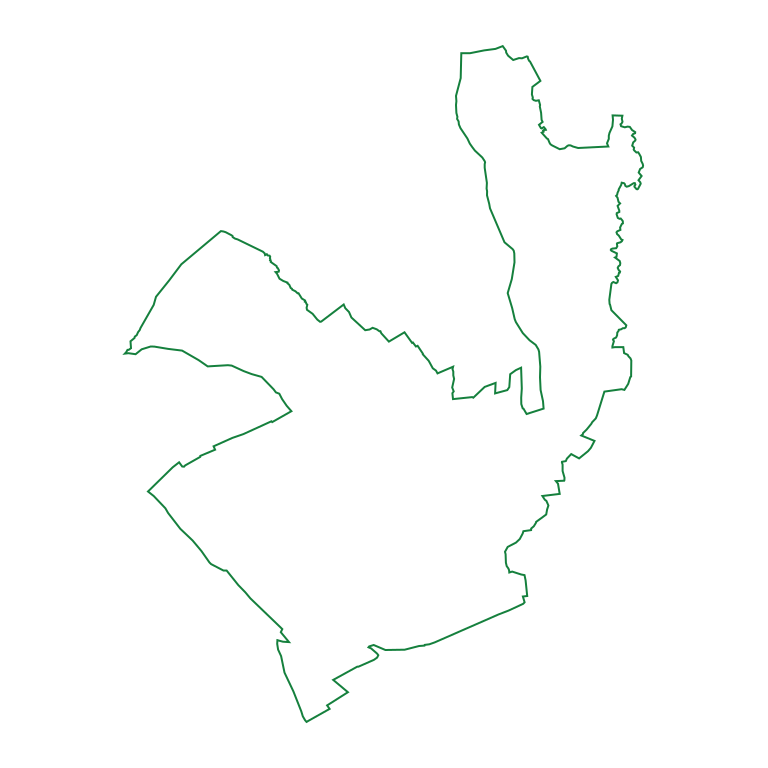 outline of Codaesti, Vaslui, Romania
{"feature_id": "2599482B61991587301534", "entity_name": "Codaesti", "entity_type": "district", "adm_level": 2, "iso_a3": "ROU", "parent_name": "Romania", "parent_adm1": "Vaslui", "projection": "robinson", "projection_center": [27.774, 46.879], "detail": "fine", "context": "isolated", "style": "outline", "palette": "green", "viewbox_px": 768, "rotation_deg": 0, "n_neighbors": 0, "source": "geoboundaries", "source_scale": "gbopen_adm2", "svg_char_len": 6104}
<svg xmlns="http://www.w3.org/2000/svg" viewBox="0 0 768 768"><path d="M327.1,705.4L347.9,692.2L333.2,679.9L357.2,666.7L358.4,666.7L374.0,659.8L377.1,657.6L378.3,655.2L377.1,653.6L371.1,648.4L368.5,647.3L369.2,646.4L373.7,645.0L385.4,650.0L404.7,649.7L419.1,646.0L424.5,645.6L424.7,644.9L429.3,644.3L434.7,642.4L498.4,614.5L508.5,610.6L523.2,603.8L524.6,602.3L522.9,596.5L527.2,596.0L525.6,580.4L524.5,575.1L521.2,574.5L512.2,571.6L509.3,572.5L509.1,570.3L508.4,568.5L506.7,566.1L505.9,562.7L505.6,554.2L505.0,551.8L507.7,546.9L516.0,542.6L519.8,539.0L522.7,533.5L523.4,531.2L531.1,530.1L531.2,528.5L533.8,526.3L536.0,522.7L536.1,521.9L546.2,514.5L547.1,509.5L548.4,505.5L546.4,500.9L544.8,499.7L542.4,496.0L559.7,493.9L558.0,483.7L555.9,481.1L564.2,480.7L564.4,480.2L564.5,477.7L562.6,471.0L562.6,464.6L561.9,462.4L562.0,461.8L565.8,461.1L566.9,458.6L571.2,454.1L579.1,458.4L588.0,451.2L590.9,447.8L594.5,440.9L581.3,435.5L582.8,434.3L583.1,433.0L586.6,429.6L591.4,423.7L592.1,422.3L595.8,418.4L597.0,415.5L604.4,391.6L621.6,389.2L624.4,389.9L628.2,383.9L630.3,377.1L631.1,376.5L631.3,360.5L630.5,358.4L628.5,356.3L627.7,354.8L624.1,353.1L623.3,347.1L615.2,347.1L612.4,347.5L612.4,346.2L613.9,341.2L613.0,339.7L613.5,338.8L616.1,337.5L617.1,335.3L617.3,332.5L618.4,331.2L618.8,329.8L621.1,329.3L622.9,328.2L624.6,328.2L625.7,327.4L626.3,325.3L611.4,310.2L610.0,304.5L609.6,304.0L609.3,299.8L611.4,283.9L612.0,282.9L613.3,282.0L616.1,283.2L617.4,282.4L618.0,280.3L615.8,276.9L618.2,275.9L619.0,272.7L619.8,272.6L620.1,271.5L618.6,269.9L617.7,267.9L618.4,266.4L620.0,265.1L620.3,263.1L619.7,261.0L615.0,257.5L616.5,256.8L616.9,253.4L611.5,250.8L610.8,250.0L610.9,249.4L612.3,248.6L616.2,248.2L617.3,246.3L616.9,243.8L617.2,243.2L620.5,242.3L621.9,241.2L622.5,240.0L621.2,239.4L618.8,235.6L617.1,234.1L616.5,232.3L617.3,231.3L620.4,229.9L620.1,227.5L621.8,224.0L622.9,223.4L622.8,221.2L622.3,220.4L620.7,218.5L619.5,218.8L617.8,217.9L616.6,214.3L616.8,213.1L619.3,212.0L619.3,210.7L617.6,205.9L620.1,203.4L618.5,201.8L617.5,197.6L616.1,195.9L617.1,194.9L617.6,192.6L618.7,190.3L618.7,189.4L621.2,184.9L621.7,182.7L624.0,183.2L624.7,183.9L625.4,185.9L626.7,186.7L628.9,186.1L633.6,183.2L634.8,183.1L635.4,184.7L634.4,186.1L634.5,186.8L636.5,189.1L637.3,189.3L638.0,188.9L640.7,183.7L640.3,182.3L638.5,180.2L641.6,176.0L638.7,172.6L640.1,169.0L642.7,167.3L643.1,165.6L642.7,163.9L641.2,160.9L640.9,157.0L639.4,154.2L638.2,152.3L636.4,152.5L634.3,150.5L633.7,149.6L634.1,147.6L632.2,145.7L633.2,142.4L635.3,140.5L635.5,139.4L634.4,137.6L632.0,135.6L633.0,134.1L635.1,133.2L635.2,132.1L632.1,130.1L629.8,126.9L627.6,126.6L624.8,127.3L621.1,126.2L620.5,124.3L621.5,123.6L622.5,121.8L621.8,118.7L622.4,115.7L612.6,115.4L613.0,119.8L612.4,126.4L609.5,132.9L608.8,135.7L608.8,138.9L607.0,143.3L608.3,146.5L578.1,148.0L572.9,146.5L570.6,145.4L568.8,145.3L567.5,145.8L564.6,148.3L559.7,149.2L552.1,145.4L550.5,144.3L549.6,142.9L548.0,139.1L546.9,138.5L541.7,132.7L543.6,131.7L543.1,130.6L543.9,130.0L545.8,129.8L545.5,129.1L543.8,127.1L541.7,128.4L540.9,128.1L539.0,124.8L542.6,121.9L541.6,119.9L541.1,112.8L539.8,106.5L540.1,105.0L538.8,100.3L535.9,100.8L533.7,100.1L532.5,98.9L532.8,97.4L531.9,94.5L532.4,86.9L540.4,80.9L530.0,61.5L529.1,60.8L528.1,58.7L527.7,56.7L526.8,56.4L522.0,58.3L519.0,58.1L513.2,60.0L508.1,55.7L506.2,52.6L506.0,50.7L502.7,46.1L495.5,48.9L484.1,50.4L470.0,53.2L461.3,53.2L460.7,78.1L456.0,95.9L456.4,101.2L456.0,105.0L456.4,113.0L457.4,116.8L457.1,118.9L458.6,121.4L458.9,124.5L460.5,128.2L467.4,138.5L469.8,143.6L472.4,147.3L474.9,150.6L482.3,157.5L484.6,161.0L485.1,162.2L484.7,164.1L484.7,167.8L486.9,182.9L486.6,188.6L487.1,191.3L487.0,195.3L489.2,203.8L490.0,208.3L504.5,242.3L512.6,249.1L513.7,250.6L514.3,253.4L514.5,262.3L511.8,279.1L507.7,293.1L512.2,308.2L514.7,319.1L515.9,322.1L522.8,333.1L529.6,340.3L535.7,344.9L538.4,349.4L539.1,351.8L540.3,366.6L540.0,377.3L540.6,390.0L543.0,401.2L543.6,408.6L526.6,414.0L523.5,408.7L522.7,408.4L521.3,404.1L521.2,397.6L521.8,388.6L521.1,367.7L515.9,370.1L510.2,374.2L509.3,387.1L507.3,390.1L495.1,393.4L495.6,382.9L484.7,386.9L473.3,397.7L472.2,397.1L453.0,399.1L452.4,393.2L453.7,391.4L452.2,387.5L454.1,378.9L453.3,375.4L453.3,371.6L452.5,369.1L453.1,366.7L437.5,373.4L436.0,370.6L432.8,368.3L428.7,360.8L422.8,354.3L422.9,353.7L417.6,345.8L415.9,346.5L412.9,342.5L412.1,342.9L404.5,332.3L388.9,341.6L381.3,333.3L380.4,331.2L379.5,331.3L376.7,329.3L372.6,327.8L369.6,329.5L365.2,330.2L351.4,317.5L349.0,312.0L345.3,308.2L343.7,304.5L321.2,321.6L320.1,321.8L317.3,319.6L312.6,313.8L307.0,309.8L306.6,307.8L307.3,304.7L306.3,303.7L305.9,302.2L304.8,301.7L305.1,300.5L301.8,298.5L298.5,293.2L297.6,293.3L295.5,291.3L292.3,289.7L291.9,288.7L290.7,288.0L289.3,284.8L287.4,283.2L287.5,282.6L283.3,281.0L279.5,278.7L277.0,273.7L275.6,272.1L278.7,271.7L279.0,270.4L277.8,268.1L277.0,267.6L276.6,266.1L270.8,262.0L271.0,261.2L270.0,260.3L270.4,259.3L269.9,258.4L270.2,256.7L269.6,255.7L267.6,255.4L266.8,254.2L265.1,255.1L264.7,253.4L262.9,251.7L237.6,239.4L235.0,238.6L232.7,237.1L232.6,236.1L231.6,235.3L225.7,232.2L223.5,231.5L220.9,231.1L181.3,264.3L169.1,280.5L156.0,296.8L153.7,304.9L140.5,328.0L139.7,330.1L138.1,332.1L136.7,335.2L134.8,336.6L134.5,338.0L130.5,341.3L131.0,348.2L128.6,349.9L127.5,349.9L126.2,352.2L124.9,353.6L128.4,353.2L135.6,354.2L141.7,349.3L150.7,346.5L154.3,346.6L168.2,348.9L182.1,350.6L198.6,360.1L207.7,366.4L227.9,365.2L231.7,365.6L243.7,371.1L251.7,374.1L261.6,376.9L273.6,389.3L275.9,392.4L279.3,393.7L282.1,399.1L286.7,405.8L291.4,411.2L272.2,422.1L271.4,421.3L243.4,434.1L232.4,437.9L213.6,446.3L215.1,449.7L200.3,455.9L200.2,456.9L185.2,465.4L184.0,466.7L182.2,466.5L179.1,462.3L172.7,467.3L148.0,491.5L153.7,496.0L165.4,508.3L168.1,513.0L180.3,528.8L192.6,540.5L201.4,551.0L209.4,562.4L211.1,564.1L223.4,570.5L226.6,570.5L238.3,585.1L245.3,592.3L250.4,598.4L282.3,629.1L280.8,632.2L289.0,642.1L282.9,641.7L277.4,640.2L277.2,643.9L278.1,649.6L281.1,656.1L284.5,672.6L293.4,691.4L301.3,711.4L302.8,716.3L305.0,720.1L306.5,721.9L329.6,708.9L327.1,705.4Z" fill="none" stroke="#15803d" stroke-width="2"/></svg>